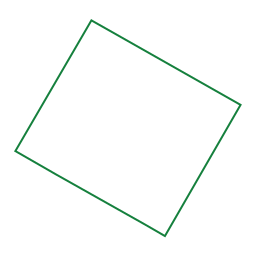 Uvalde, Texas, United States of America, rotated 210°
{"feature_id": "52423323B37617394138403", "entity_name": "Uvalde", "entity_type": "district", "adm_level": 2, "iso_a3": "USA", "parent_name": "United States of America", "parent_adm1": "Texas", "projection": "mercator", "projection_center": [-99.826, 29.357], "detail": "fine", "context": "isolated", "style": "outline", "palette": "green", "viewbox_px": 256, "rotation_deg": 210, "n_neighbors": 0, "source": "geoboundaries", "source_scale": "gbopen_adm2", "svg_char_len": 241}
<svg xmlns="http://www.w3.org/2000/svg" viewBox="0 0 256 256"><g transform="rotate(210 128 128)"><path d="M42.0,52.9L42.1,204.3L213.5,202.9L214.0,51.7L167.0,51.8L66.0,52.9L42.0,52.9Z" fill="none" stroke="#15803d" stroke-width="2"/></g></svg>